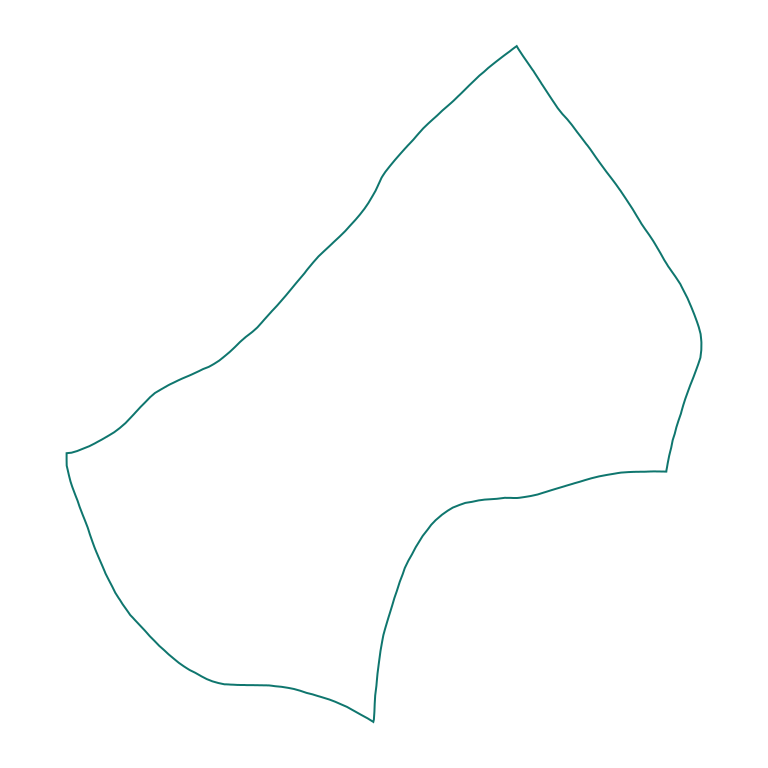 Hajar As Say'ar, Hadramawt, Yemen
{"feature_id": "15242507B41377814655385", "entity_name": "Hajar As Say'ar", "entity_type": "district", "adm_level": 2, "iso_a3": "YEM", "parent_name": "Yemen", "parent_adm1": "Hadramawt", "projection": "natural_earth1", "projection_center": [48.005, 16.297], "detail": "fine", "context": "isolated", "style": "outline", "palette": "teal", "viewbox_px": 768, "rotation_deg": 0, "n_neighbors": 0, "source": "geoboundaries", "source_scale": "gbopen_adm2", "svg_char_len": 4989}
<svg xmlns="http://www.w3.org/2000/svg" viewBox="0 0 768 768"><path d="M516.7,46.1L515.6,46.9L515.0,47.3L511.8,49.7L509.7,51.4L508.3,52.4L504.5,55.2L502.0,57.1L499.8,58.8L496.3,61.5L493.4,63.8L488.4,67.8L483.9,71.9L479.4,75.6L479.2,75.8L473.6,81.2L469.1,85.5L464.1,90.5L459.2,95.3L458.7,95.7L457.9,96.5L453.6,100.7L451.4,102.7L448.2,105.5L442.4,110.5L437.5,115.2L432.9,119.3L428.4,123.4L423.2,128.4L420.0,132.0L418.9,133.2L416.3,136.2L413.5,139.5L409.0,144.3L408.1,145.2L404.8,148.8L400.7,153.4L395.1,159.8L389.9,166.1L385.4,171.8L383.0,175.4L381.6,177.6L379.2,182.9L378.9,183.5L377.4,186.8L375.7,190.4L375.7,190.5L372.6,195.9L368.4,203.0L364.5,208.7L363.4,210.1L359.9,214.6L357.7,217.2L355.2,220.1L349.6,226.2L345.3,231.0L339.5,236.7L333.9,241.9L329.4,246.2L324.0,251.2L318.5,256.4L313.3,262.3L308.3,268.3L306.6,270.4L304.6,273.1L300.2,278.3L296.3,282.9L291.1,289.2L285.8,295.6L281.8,300.2L277.1,305.6L271.9,311.1L271.3,311.8L266.8,316.8L264.2,319.7L262.4,321.8L257.3,327.5L252.7,331.6L251.2,332.8L245.7,337.0L241.8,340.4L239.8,342.2L239.5,342.5L235.0,347.0L229.9,351.8L224.3,356.5L219.2,360.6L214.2,363.8L211.6,365.3L208.7,366.9L203.0,369.1L198.8,371.2L197.5,371.8L191.7,374.5L189.0,375.7L185.4,377.2L182.1,378.6L179.3,379.9L178.2,380.4L173.7,382.6L170.1,384.3L168.2,385.3L161.2,389.3L155.1,392.9L154.6,393.3L150.3,397.0L144.8,402.7L140.5,407.0L137.4,410.4L135.9,412.0L134.0,414.1L130.8,417.5L125.2,423.4L125.0,423.5L119.8,428.0L114.1,432.3L109.0,435.4L101.6,439.7L97.3,442.0L95.0,443.3L89.3,446.2L86.5,447.3L83.0,448.7L77.0,451.1L76.6,451.2L71.5,452.7L67.4,453.1L66.6,453.2L66.6,459.1L66.6,460.0L66.7,465.5L66.8,466.1L67.7,469.9L68.6,473.9L69.2,476.4L70.5,481.5L71.9,485.8L72.5,487.5L75.2,494.7L75.7,496.0L77.6,500.8L79.6,506.8L82.3,513.8L82.4,514.1L84.9,520.3L87.6,527.3L88.4,529.7L89.8,534.2L92.5,541.9L94.1,546.3L94.7,547.9L96.6,552.6L97.1,553.7L98.3,556.6L100.0,560.5L100.6,561.9L102.6,566.5L104.8,571.7L105.5,573.5L108.7,579.8L112.3,586.7L115.3,592.8L119.0,598.6L119.6,599.4L122.6,604.2L126.6,609.8L128.5,612.5L130.2,615.0L133.0,617.9L134.8,619.9L139.6,625.0L144.7,630.4L149.9,636.3L154.1,640.5L159.3,645.9L164.3,650.3L167.8,653.6L168.9,654.6L173.7,658.6L176.0,660.5L178.8,662.8L183.8,666.3L187.2,668.5L189.8,670.1L195.1,672.7L199.7,675.3L201.4,676.3L206.8,679.1L210.6,680.6L212.3,681.3L213.0,681.5L218.3,683.0L224.4,684.3L228.0,684.4L230.5,684.6L233.4,684.7L236.8,684.9L240.7,685.0L244.3,685.0L246.3,685.1L250.0,685.1L256.3,685.2L262.8,685.3L268.9,685.4L272.3,685.8L275.0,686.2L281.5,686.8L284.0,687.2L287.8,687.8L290.0,688.2L294.0,689.0L298.3,690.2L300.1,690.7L306.6,692.9L312.7,694.4L313.6,694.7L318.1,696.1L319.9,696.6L323.8,697.8L328.3,699.2L329.3,699.5L335.1,701.7L338.3,703.1L341.0,704.3L347.0,706.9L351.6,709.5L354.3,711.0L360.7,714.6L366.4,717.7L367.7,718.4L373.3,721.9L373.9,719.4L374.4,711.8L374.7,703.9L375.2,695.4L376.4,685.9L376.8,681.2L377.5,673.7L378.7,664.3L379.5,658.3L379.6,657.6L380.5,650.9L382.0,642.4L382.6,639.1L383.4,635.0L385.1,628.8L387.2,621.7L388.5,617.4L389.6,613.9L392.1,605.8L394.4,598.0L396.8,591.1L399.8,581.7L402.7,574.2L404.8,568.0L408.4,560.6L411.9,554.5L415.5,547.6L415.9,546.9L419.0,541.9L421.7,537.5L422.7,535.9L426.7,530.8L427.5,529.8L431.2,524.8L435.6,520.2L441.9,514.8L445.0,512.6L447.7,510.7L452.8,507.6L456.6,506.1L459.6,504.9L462.5,503.9L465.3,502.9L471.6,501.9L472.6,501.7L478.7,500.4L481.8,500.0L484.6,499.6L491.0,499.2L496.9,498.8L503.4,498.0L504.8,497.8L507.8,497.9L511.3,497.9L513.1,498.0L517.0,498.0L519.2,497.8L524.7,497.0L530.8,496.0L537.6,494.5L543.6,492.6L545.3,492.1L551.0,490.3L556.6,488.6L564.7,486.2L565.9,485.8L572.7,483.8L574.6,483.2L579.6,481.8L585.1,480.1L591.3,478.3L599.0,476.4L607.0,474.9L614.3,473.7L617.7,473.1L621.0,472.6L628.3,472.1L632.8,471.9L636.5,471.8L645.4,471.7L650.2,471.5L653.8,471.4L660.5,471.5L666.3,471.6L666.4,470.8L666.4,470.5L667.0,467.4L667.7,463.3L669.2,455.7L670.3,451.2L671.2,447.7L672.7,440.1L673.7,437.0L674.7,433.9L676.4,427.2L678.5,420.6L680.9,413.7L681.6,411.0L683.2,405.4L685.3,398.8L688.3,390.5L690.4,384.8L690.9,383.6L693.6,376.8L695.9,370.6L698.1,364.6L700.4,357.7L701.3,350.1L701.4,343.6L701.4,342.3L701.2,339.8L700.6,334.0L698.8,327.2L697.2,322.4L696.7,321.0L694.3,314.5L691.0,306.3L690.4,305.0L687.5,298.2L685.6,294.5L683.9,291.2L681.4,286.3L680.4,284.2L675.6,276.9L672.0,271.8L669.3,267.9L668.2,266.4L666.9,264.2L664.3,260.1L660.7,253.6L657.9,248.8L657.5,248.2L656.9,247.1L653.5,241.4L652.2,239.4L649.2,234.9L645.0,229.0L641.4,223.7L639.9,221.1L637.0,216.4L632.7,209.2L629.9,204.9L628.9,203.4L625.5,198.2L621.6,192.4L620.5,190.7L619.8,189.8L616.0,184.4L611.8,178.8L606.4,171.8L602.8,166.9L600.6,163.9L599.0,161.7L596.0,157.5L594.2,154.9L590.2,149.1L587.2,145.1L586.4,144.2L580.9,136.9L577.1,132.0L571.7,124.7L569.4,121.9L567.3,119.3L562.3,113.9L557.7,108.1L553.5,101.8L553.2,101.4L549.3,95.5L545.3,89.4L542.1,84.5L541.9,84.3L540.9,82.6L537.6,77.5L534.5,72.7L533.4,70.9L532.6,69.9L528.0,63.2L523.0,56.0L518.4,49.0L516.7,46.1Z" fill="none" stroke="#0f766e" stroke-width="2"/></svg>